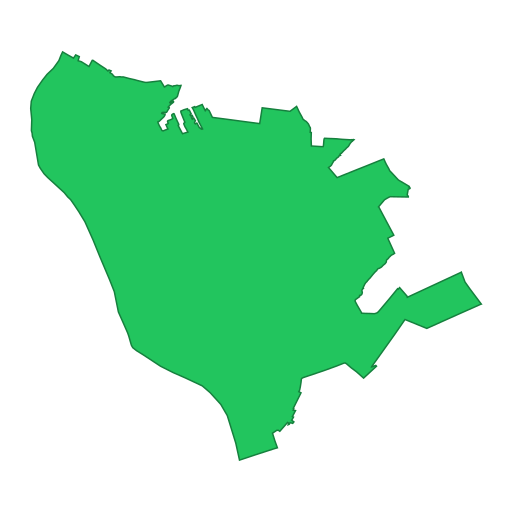 outline of Topalu, Constanta, Romania
{"feature_id": "2599482B85456823003840", "entity_name": "Topalu", "entity_type": "district", "adm_level": 2, "iso_a3": "ROU", "parent_name": "Romania", "parent_adm1": "Constanta", "projection": "natural_earth1", "projection_center": [28.102, 44.537], "detail": "fine", "context": "isolated", "style": "filled", "palette": "green", "viewbox_px": 512, "rotation_deg": 0, "n_neighbors": 0, "source": "geoboundaries", "source_scale": "gbopen_adm2", "svg_char_len": 5834}
<svg xmlns="http://www.w3.org/2000/svg" viewBox="0 0 512 512"><path d="M239.5,460.1L254.2,455.2L264.7,451.8L273.6,448.9L277.4,447.8L274.9,440.9L272.5,433.2L276.8,430.3L278.4,430.3L279.8,431.3L287.6,422.4L288.7,423.1L288.2,424.7L289.2,424.3L290.2,422.6L292.7,423.4L293.9,421.9L291.7,420.2L293.5,417.1L292.4,416.6L295.5,410.6L293.2,410.2L293.8,408.6L293.3,408.3L301.0,392.8L299.1,391.8L298.8,391.7L299.4,390.6L299.7,389.8L300.3,386.9L301.0,382.5L301.4,379.0L302.0,378.2L303.5,377.5L323.7,370.7L337.2,365.8L337.4,365.7L343.2,363.4L345.0,362.9L346.4,363.7L351.3,367.9L356.4,371.7L363.6,378.1L376.5,366.2L375.8,365.4L373.7,366.2L372.1,366.8L371.6,366.9L371.7,366.6L383.5,350.1L394.9,334.1L404.1,320.8L405.0,319.5L426.8,328.4L457.3,314.7L480.9,304.2L481.3,304.1L469.9,288.9L465.0,282.0L461.3,272.1L460.9,272.4L429.7,286.9L407.5,297.2L407.3,297.3L407.0,296.1L399.6,287.6L398.2,289.2L397.6,288.7L388.5,299.8L378.6,311.5L377.3,312.7L376.2,313.2L375.1,313.5L374.3,313.7L369.8,313.5L365.1,313.4L361.6,313.2L361.6,312.8L357.3,305.4L355.2,301.4L355.1,300.6L355.2,300.2L355.5,299.6L359.1,297.0L359.6,296.7L359.6,295.4L360.2,295.4L361.0,295.1L361.5,294.7L361.8,294.3L362.2,293.1L362.3,292.8L362.2,291.9L361.9,290.7L361.9,290.2L362.5,289.2L363.3,288.4L362.9,288.2L363.0,288.0L363.9,286.0L364.8,284.1L365.8,282.6L367.0,281.5L367.5,280.6L367.9,280.3L369.2,278.8L369.9,278.2L372.7,274.7L374.8,272.3L375.9,271.2L376.6,270.7L377.2,269.6L377.9,268.8L378.1,268.6L379.3,268.3L380.6,267.6L381.5,267.0L382.3,266.2L383.0,265.4L384.6,264.1L385.1,263.7L386.2,262.2L386.5,260.4L386.8,259.7L387.9,258.9L388.5,258.2L389.2,257.2L389.9,256.6L391.1,255.4L391.9,254.9L393.3,254.2L394.6,253.3L387.8,238.3L387.8,238.2L393.8,235.2L386.0,220.6L379.1,207.6L378.9,207.2L378.5,206.9L384.5,199.8L387.3,198.1L390.0,196.7L408.3,197.0L408.3,196.3L407.2,194.9L408.2,189.3L409.7,188.7L410.1,188.2L409.9,187.7L408.8,187.0L409.2,186.4L398.4,180.0L393.2,174.4L390.0,171.0L389.7,170.8L388.9,168.9L386.3,164.3L385.0,161.6L384.2,159.7L383.8,158.9L379.5,160.6L365.6,166.2L357.0,169.6L337.1,177.6L328.5,167.5L330.5,166.1L331.4,165.2L332.2,163.7L332.5,163.1L333.6,161.3L333.6,160.8L334.2,160.6L335.0,160.2L336.9,158.0L338.5,156.9L338.8,156.2L339.1,155.9L340.5,155.3L339.9,154.5L340.0,154.2L340.9,153.4L341.3,153.4L343.5,151.0L344.2,150.3L345.7,149.0L346.2,148.3L347.1,147.5L347.9,146.8L348.4,146.4L348.6,146.0L349.3,144.9L350.1,143.5L351.1,142.3L351.5,141.8L352.4,141.2L353.0,140.5L353.3,140.3L354.0,139.7L353.5,139.5L353.0,139.7L351.4,139.7L350.3,139.8L341.7,139.3L336.7,138.8L332.3,138.6L329.3,138.5L325.1,138.3L324.5,138.3L324.1,139.0L323.9,140.3L323.6,143.8L323.4,145.8L323.2,146.6L321.2,146.6L311.4,146.0L311.1,139.0L311.3,132.5L310.2,132.3L310.4,129.1L310.4,128.2L310.3,127.7L309.5,126.4L308.5,124.1L307.1,122.4L306.1,121.4L304.6,120.5L304.1,120.0L303.1,119.3L301.9,116.8L299.3,112.1L296.6,106.4L290.0,111.3L262.2,107.8L261.9,109.6L259.7,123.6L247.4,122.0L225.6,119.1L212.4,117.4L209.1,110.5L208.3,110.1L206.9,108.5L205.8,109.6L205.6,110.6L205.3,110.8L204.7,109.6L202.2,104.5L195.1,107.4L194.7,106.6L192.2,107.6L193.1,109.1L193.9,110.7L195.6,114.7L196.6,116.8L197.5,118.6L198.1,120.1L199.0,122.0L198.9,122.0L202.6,129.0L202.2,129.2L201.8,129.3L201.1,128.9L200.7,128.6L200.2,128.0L199.6,127.8L199.4,127.7L198.0,125.2L197.0,123.2L196.9,123.1L196.6,123.1L196.4,123.2L195.3,123.9L194.9,123.5L194.6,123.1L194.5,122.6L194.8,121.8L195.4,120.7L193.7,118.0L192.3,119.2L191.5,117.8L191.7,117.7L192.8,116.4L192.1,115.4L191.3,115.8L190.7,115.9L190.2,115.2L190.1,114.5L191.2,113.9L189.3,110.1L188.2,110.3L187.5,108.7L184.0,109.7L180.8,111.1L180.9,112.2L181.3,113.4L183.5,118.9L184.4,121.1L184.8,122.1L184.8,122.5L183.8,123.3L183.8,123.7L183.9,124.2L185.1,127.0L186.1,128.6L187.9,132.1L182.5,133.7L178.2,125.6L178.2,125.2L178.7,125.0L178.8,124.3L177.8,122.3L175.6,117.5L175.6,117.4L174.1,113.8L173.8,113.6L173.3,113.7L172.1,114.5L171.8,114.9L171.7,115.3L171.8,115.8L172.8,118.4L172.4,118.7L171.3,119.4L169.5,120.1L168.2,120.5L167.8,120.8L167.5,121.2L168.2,123.5L167.4,124.0L165.9,124.6L166.7,126.4L167.9,129.0L163.1,130.9L161.9,130.5L161.6,129.9L160.6,127.7L160.1,127.0L159.9,126.7L159.3,125.7L158.8,124.5L158.4,123.6L158.0,122.7L157.9,121.8L158.1,121.6L158.6,121.7L159.0,121.5L161.3,119.3L163.2,117.5L163.8,116.9L164.8,115.4L165.0,114.8L165.1,114.1L162.0,113.6L161.7,113.4L161.8,113.0L162.2,112.5L162.8,112.4L164.0,112.3L166.1,112.4L166.5,112.3L166.9,111.8L167.8,110.2L169.3,108.0L169.3,107.7L168.2,107.1L170.5,104.6L173.5,102.2L173.6,101.7L173.4,101.3L173.1,101.1L172.6,101.4L170.3,103.1L169.8,102.5L170.5,101.6L171.8,100.5L176.1,97.7L176.1,97.8L176.8,97.1L177.2,96.7L177.5,96.1L177.8,95.0L178.8,91.3L179.3,90.0L180.3,87.5L181.0,85.4L180.7,85.4L180.1,85.6L178.4,85.6L177.8,85.4L177.2,85.3L176.7,85.3L175.7,85.6L173.4,85.9L172.8,86.6L171.9,86.1L168.2,85.0L167.6,85.1L166.6,85.6L164.5,87.0L164.4,87.0L160.6,80.8L147.1,82.4L146.1,82.4L145.3,82.4L143.8,82.1L137.0,80.4L134.6,79.7L129.6,78.6L124.0,77.1L123.1,76.9L122.0,77.0L120.7,76.9L120.0,76.7L117.6,76.9L115.3,77.0L114.9,76.7L113.5,75.9L112.5,74.4L112.2,74.1L109.9,72.7L111.1,70.9L109.0,70.0L108.9,70.0L107.9,71.0L105.7,68.9L99.6,64.9L92.3,59.9L92.4,60.0L89.0,66.5L81.3,61.7L78.1,60.7L79.3,56.6L75.7,54.9L73.5,58.1L68.1,55.1L62.6,51.9L60.9,55.5L58.9,60.6L53.3,68.4L47.1,74.3L42.6,80.0L37.5,87.3L34.3,93.5L31.3,101.2L30.7,108.4L31.8,119.9L31.7,121.5L31.4,130.7L32.1,133.0L32.4,136.2L34.7,142.3L38.5,165.0L40.3,168.3L44.1,173.8L47.7,177.5L64.2,192.6L67.7,196.9L70.6,199.6L74.5,205.2L79.6,212.9L79.6,213.0L84.9,221.7L93.1,240.0L100.0,257.0L109.6,279.7L114.3,291.6L118.4,312.0L123.0,322.3L127.7,333.0L128.8,336.2L131.2,344.6L131.6,345.7L131.7,345.8L132.8,347.7L136.6,350.7L143.2,354.8L160.5,366.2L173.2,372.6L185.3,377.9L202.3,385.9L210.2,392.7L220.8,404.4L227.3,415.6L235.8,443.2L239.5,460.1Z" fill="#22c55e" stroke="#15803d" stroke-width="1.5"/></svg>